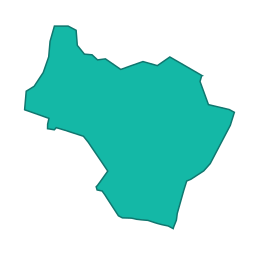 Um Rimta, White Nile, Sudan, rotated 275°
{"feature_id": "16777658B63870425694852", "entity_name": "Um Rimta", "entity_type": "district", "adm_level": 2, "iso_a3": "SDN", "parent_name": "Sudan", "parent_adm1": "White Nile", "projection": "albers", "projection_center": [31.887, 14.607], "detail": "fine", "context": "isolated", "style": "filled", "palette": "teal", "viewbox_px": 256, "rotation_deg": 275, "n_neighbors": 0, "source": "geoboundaries", "source_scale": "gbopen_adm2", "svg_char_len": 1121}
<svg xmlns="http://www.w3.org/2000/svg" viewBox="0 0 256 256"><g transform="rotate(275 128 128)"><path d="M186.6,197.3L191.1,187.7L195.4,178.5L202.4,163.5L192.7,151.8L195.5,137.1L190.2,125.4L185.7,115.7L194.9,99.5L193.2,91.7L197.8,85.8L197.8,78.1L205.9,70.3L220.8,67.8L224.3,59.5L223.1,45.8L207.5,42.8L192.0,42.8L175.8,38.7L169.2,35.1L161.4,30.9L157.5,25.7L155.8,23.4L148.0,23.4L140.4,23.4L137.2,23.4L137.1,23.5L136.3,26.8L134.6,33.4L130.7,48.4L124.8,47.6L120.3,47.9L120.2,49.5L119.8,54.4L119.8,54.8L122.1,56.5L120.3,65.2L118.4,73.4L115.9,84.3L110.7,89.3L109.9,90.0L108.2,91.4L106.3,92.9L101.4,96.9L92.0,104.6L83.3,111.6L78.2,108.6L71.4,104.6L69.3,103.3L68.1,102.6L66.7,101.4L63.6,102.6L63.0,107.7L58.9,111.2L56.5,113.0L53.3,115.5L39.7,126.1L38.0,130.2L38.5,139.1L38.3,141.1L37.8,144.7L37.8,146.3L37.7,149.2L37.7,156.0L36.0,163.1L35.4,166.0L34.7,170.0L33.9,176.6L31.7,181.8L33.3,182.1L40.3,184.2L41.6,184.3L47.1,184.5L70.8,189.0L80.3,191.1L82.4,195.1L91.9,207.2L99.7,213.0L139.6,229.7L152.9,232.6L155.2,227.3L158.3,206.1L180.6,195.7L186.4,196.8L186.6,197.3Z" fill="#14b8a6" stroke="#0f766e" stroke-width="1.5"/></g></svg>